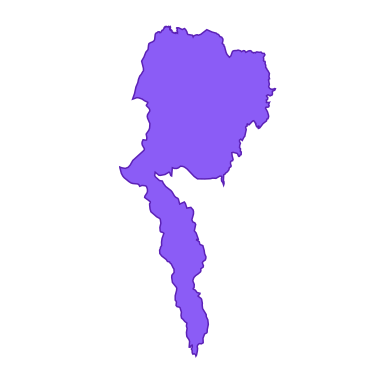 outline of Alto Amazonas, Loreto, Peru, rotated 185°
{"feature_id": "86281439B99905701957938", "entity_name": "Alto Amazonas", "entity_type": "district", "adm_level": 2, "iso_a3": "PER", "parent_name": "Peru", "parent_adm1": "Loreto", "projection": "equal_earth", "projection_center": [-76.069, -4.915], "detail": "fine", "context": "isolated", "style": "filled", "palette": "violet", "viewbox_px": 384, "rotation_deg": 185, "n_neighbors": 0, "source": "geoboundaries", "source_scale": "gbopen_adm2", "svg_char_len": 6100}
<svg xmlns="http://www.w3.org/2000/svg" viewBox="0 0 384 384"><g transform="rotate(185 192 192)"><path d="M255.1,299.7L255.5,296.3L257.0,291.7L257.8,285.2L259.3,279.3L255.1,281.2L253.0,281.1L249.7,280.2L247.3,278.8L243.9,277.5L244.0,276.3L245.0,274.7L245.0,274.1L242.0,271.5L241.2,270.0L241.1,269.0L243.0,265.2L243.2,263.5L242.7,261.7L239.9,256.5L239.8,251.9L240.4,249.8L242.7,245.7L241.7,242.1L241.8,239.9L242.6,239.6L245.3,239.8L246.0,237.6L246.1,236.3L245.7,234.6L243.2,230.9L243.2,230.0L243.7,229.1L253.7,218.3L256.0,213.3L257.8,211.0L260.5,209.7L264.1,210.0L266.1,210.6L266.0,210.0L264.0,204.4L262.3,201.8L260.8,200.3L255.8,196.9L253.5,195.7L251.6,195.3L246.9,195.3L245.6,194.7L244.6,193.1L242.4,194.2L240.9,194.2L238.7,194.1L237.8,193.4L236.7,191.1L236.4,188.7L236.8,187.1L238.6,183.7L238.7,182.4L232.7,178.7L232.6,177.7L233.2,176.6L233.1,175.5L232.3,171.4L231.2,168.7L225.0,164.2L222.0,162.9L221.2,162.0L220.3,158.2L220.9,153.9L220.3,150.4L219.7,149.6L217.5,149.1L216.4,148.4L217.8,143.1L218.0,139.4L217.6,136.0L218.6,134.1L218.6,132.9L219.2,131.3L218.7,127.9L216.6,125.6L211.8,122.5L210.4,120.7L208.2,120.3L207.5,119.2L206.4,118.5L204.2,114.8L203.3,113.8L202.8,110.3L204.8,107.3L204.8,105.2L203.6,100.2L199.2,95.6L198.8,94.8L198.8,92.5L199.7,87.2L199.3,82.8L198.3,81.8L197.9,80.9L198.0,77.6L196.9,76.5L194.8,76.2L193.9,75.8L192.1,71.4L192.2,68.1L191.5,65.6L189.9,64.4L187.9,62.4L185.7,61.0L185.9,58.0L185.0,55.7L185.3,51.7L184.9,49.1L184.5,47.5L182.1,44.6L181.4,43.0L181.3,37.2L180.4,37.1L179.6,38.7L178.6,39.5L178.3,39.0L178.2,37.5L178.9,35.4L178.0,34.1L177.9,32.4L177.4,31.1L176.9,30.5L175.9,31.1L174.9,30.7L174.3,30.2L173.8,28.9L173.3,29.9L172.8,34.1L172.8,36.8L173.3,38.2L173.2,39.5L172.5,40.7L171.6,41.6L169.3,41.6L167.7,42.8L168.3,47.3L167.1,51.6L165.1,52.9L164.7,53.7L164.8,56.3L164.2,61.5L165.1,66.0L166.9,69.0L167.2,71.2L171.3,76.8L172.0,80.3L172.0,82.1L173.1,86.0L173.8,86.8L176.9,88.8L176.8,89.3L175.4,90.8L175.2,91.8L178.2,92.3L180.1,94.5L182.3,95.4L182.4,96.0L181.6,97.0L181.7,100.1L183.2,103.0L183.4,104.1L182.7,106.9L181.1,109.0L178.6,111.1L176.5,113.3L176.3,114.6L176.6,116.2L174.3,118.2L174.2,119.6L175.3,121.8L175.5,122.7L174.7,123.9L172.8,125.5L172.4,127.4L172.5,128.8L174.0,131.5L174.8,134.9L176.5,139.5L179.3,140.4L179.8,141.0L180.5,143.2L183.3,144.6L183.2,145.1L181.7,145.0L181.5,145.3L184.3,151.5L186.3,153.5L185.5,160.0L186.5,161.5L188.6,162.3L189.7,164.3L188.6,170.3L188.8,172.7L189.3,174.2L191.8,176.6L195.7,175.5L197.6,180.0L198.8,181.4L203.2,178.9L205.0,183.8L205.7,184.5L207.9,185.4L209.2,186.6L211.8,190.3L213.1,191.6L218.7,195.2L221.4,198.3L222.5,200.3L225.4,200.6L229.8,203.9L230.6,205.1L230.4,208.5L226.4,205.8L225.0,205.8L220.4,207.1L216.6,209.8L215.8,209.3L214.6,206.6L213.7,206.2L213.7,214.5L211.6,213.9L209.3,214.1L207.6,214.9L205.7,216.7L203.4,216.7L201.7,216.2L199.0,214.6L191.2,207.7L187.7,205.6L180.5,206.1L174.7,206.9L172.6,207.6L169.3,207.7L165.7,210.2L164.4,210.3L163.8,210.1L163.6,209.5L163.9,208.0L163.5,205.6L162.1,203.9L161.1,201.6L160.8,203.1L161.1,205.1L161.7,206.1L161.9,211.9L160.6,212.8L160.2,213.7L158.5,215.2L157.2,217.3L156.9,219.4L155.4,220.7L155.3,221.5L156.1,223.5L156.2,225.4L155.5,226.4L154.3,226.7L153.9,228.0L155.2,231.7L155.8,234.6L154.5,235.1L150.5,234.4L149.9,233.9L148.8,231.8L148.3,231.5L147.8,231.7L147.3,232.9L146.3,233.5L146.4,236.2L147.3,236.6L147.5,239.4L148.5,240.3L148.5,242.8L148.0,244.8L149.0,246.2L149.2,247.8L148.0,248.9L146.4,247.7L145.1,251.0L144.3,252.0L143.4,258.9L144.2,261.0L143.9,262.0L142.8,262.6L143.0,263.8L142.9,264.6L142.4,264.7L141.4,263.9L141.0,263.9L137.8,267.9L136.7,268.4L135.8,267.2L135.4,267.1L134.9,266.0L134.4,265.9L134.4,265.0L133.6,263.2L133.0,262.5L132.4,262.3L131.9,263.4L131.2,263.5L130.9,262.9L131.6,262.3L131.6,261.8L131.5,261.1L131.2,261.1L130.0,261.9L127.2,266.3L124.0,269.3L123.8,271.1L122.7,271.6L122.2,273.7L122.5,275.2L123.8,278.5L126.1,282.0L125.6,283.0L123.7,283.1L122.9,283.7L122.7,284.9L123.3,285.6L122.7,287.9L123.3,287.5L123.8,287.9L125.4,287.5L125.7,287.7L125.6,289.3L126.0,290.0L124.8,290.9L124.7,292.4L124.8,292.9L126.0,293.7L126.2,294.4L125.1,295.3L124.3,295.4L122.6,294.5L121.9,295.2L121.0,295.2L120.4,296.4L120.7,299.3L118.4,300.7L117.9,302.1L118.6,302.3L119.5,301.6L120.1,301.7L121.1,301.2L122.9,301.6L123.7,302.0L124.8,303.5L124.3,306.2L125.1,308.5L125.1,309.4L125.6,310.2L125.4,310.9L124.6,311.5L125.4,313.7L125.2,316.8L127.1,319.7L128.0,320.5L128.5,321.8L129.4,322.3L129.6,324.8L130.4,326.2L130.4,327.8L130.7,328.5L131.9,328.7L132.3,329.3L132.1,330.6L132.6,332.4L131.3,335.0L132.2,336.4L133.9,336.2L135.4,337.4L137.1,337.0L139.6,337.2L140.3,337.0L140.8,336.2L142.4,336.4L142.9,335.9L144.6,336.7L145.1,337.5L146.4,337.9L148.2,337.4L150.5,335.8L151.9,337.3L153.1,337.3L154.9,336.1L156.0,336.9L158.5,337.4L159.5,336.9L162.4,336.5L163.5,336.0L164.1,335.0L165.1,331.1L166.5,329.5L169.1,332.1L170.2,334.0L172.3,339.8L173.0,340.3L173.0,341.2L174.8,342.7L174.4,345.3L174.5,347.0L175.9,348.8L177.8,349.3L178.5,350.4L179.7,351.4L180.6,351.5L181.5,352.3L185.9,353.1L191.4,355.0L197.0,349.8L199.5,348.7L200.4,349.1L201.5,348.9L204.0,347.6L204.4,346.6L205.2,348.2L209.8,348.6L210.4,349.3L211.1,351.2L212.5,353.2L213.7,354.2L215.9,353.0L219.6,354.4L221.4,354.3L221.6,354.0L221.0,353.4L220.8,352.8L221.1,351.8L220.4,350.4L220.3,349.0L221.3,349.6L222.0,349.5L221.9,349.7L222.2,349.4L222.1,349.0L222.6,349.2L222.6,348.6L223.8,348.8L224.5,349.3L224.7,349.1L225.8,349.7L225.9,350.8L226.7,351.3L226.7,351.5L227.0,351.4L227.0,351.9L227.3,351.2L227.8,351.5L227.7,352.1L228.3,352.1L228.5,353.6L228.1,353.5L228.2,353.8L228.0,353.7L227.8,354.2L228.1,354.4L228.0,354.8L228.2,355.1L229.5,354.3L230.0,354.9L230.7,354.4L231.4,354.3L231.9,354.7L232.5,354.6L233.0,354.0L233.3,354.3L234.0,353.5L234.1,353.0L233.9,352.9L235.3,350.5L236.0,350.4L237.1,348.2L237.9,347.9L238.5,348.7L239.8,348.6L240.8,347.5L241.4,347.4L242.1,346.6L242.4,345.4L242.5,340.8L242.9,339.5L244.3,338.2L246.5,337.1L247.8,336.1L248.1,334.6L248.2,330.1L250.2,327.2L251.6,322.3L253.6,318.0L251.2,311.1L250.9,308.5L251.7,307.3L252.8,304.8L254.1,303.0L255.1,299.7Z" fill="#8b5cf6" stroke="#5b21b6" stroke-width="1.5"/></g></svg>